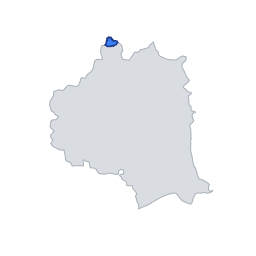 Khotsimsk, Mogilev, Belarus (highlighted), rotated 251°
{"feature_id": "67162791B11584975294724", "entity_name": "Khotsimsk", "entity_type": "district", "adm_level": 2, "iso_a3": "BLR", "parent_name": "Belarus", "parent_adm1": "Mogilev", "projection": "orthographic", "projection_center": [32.434, 53.377], "detail": "fine", "context": "in_parent", "style": "filled", "palette": "blue", "viewbox_px": 256, "rotation_deg": 251, "n_neighbors": 0, "source": "geoboundaries", "source_scale": "gbopen_adm2", "svg_char_len": 5359}
<svg xmlns="http://www.w3.org/2000/svg" viewBox="0 0 256 256"><g transform="rotate(251 128 128)"><path d="M201.0,180.0L197.3,179.8L192.9,179.8L190.3,181.5L187.7,180.6L185.7,181.5L181.2,186.2L179.5,188.7L177.7,192.6L176.7,195.5L177.2,197.6L177.9,199.5L178.1,201.6L178.4,203.2L177.3,204.3L176.6,206.0L174.7,205.7L172.5,204.0L172.1,201.6L170.4,200.0L169.2,199.1L167.3,198.9L164.3,199.5L160.3,200.0L157.2,200.0L155.6,200.8L153.1,201.5L152.2,200.5L151.0,197.8L150.0,195.1L149.3,193.9L148.6,193.5L147.8,193.6L146.9,194.4L146.1,195.2L143.6,196.0L142.4,196.9L141.1,199.3L140.3,199.1L139.5,198.5L138.6,195.7L137.4,195.0L135.3,194.9L132.7,194.1L130.6,193.2L129.8,193.3L128.5,194.4L127.1,194.5L124.2,193.3L123.6,193.7L121.7,196.6L120.9,196.7L120.5,196.3L120.9,193.7L119.2,192.7L116.3,192.3L114.2,192.6L113.2,192.4L112.8,191.8L110.6,187.3L109.3,186.9L106.9,186.9L103.4,186.1L99.5,184.8L97.3,184.3L96.3,183.2L93.8,182.7L87.3,180.2L84.7,179.7L80.7,179.3L74.7,178.3L70.8,178.1L68.9,178.5L66.8,178.7L59.6,178.4L57.0,178.6L56.1,179.4L55.0,181.3L51.7,184.4L48.5,186.4L48.0,186.5L46.4,185.1L45.1,184.5L43.5,184.2L42.2,184.4L41.4,184.9L41.2,187.6L41.0,187.8L40.1,184.5L40.6,181.6L41.5,180.1L42.5,178.7L42.4,176.5L43.6,173.6L43.9,171.5L43.7,170.6L43.1,169.4L41.4,168.0L40.7,167.0L38.3,165.5L36.0,163.6L35.7,162.6L35.9,162.0L36.5,161.1L38.7,158.5L41.1,156.0L42.6,155.1L49.9,152.4L51.2,151.3L51.7,149.2L52.1,145.0L52.1,141.1L51.9,138.4L51.2,133.2L48.9,122.5L48.1,111.6L49.4,112.4L52.6,113.0L55.3,112.6L56.6,112.6L57.7,113.0L61.2,112.8L61.9,113.9L63.3,114.9L66.4,114.0L69.2,112.8L71.9,113.2L72.4,112.5L73.4,108.8L74.3,108.1L77.5,108.8L78.8,108.2L80.3,106.5L82.3,105.5L83.9,105.7L85.7,104.5L86.4,105.5L86.6,107.1L86.0,108.3L86.2,108.8L87.2,109.6L89.2,109.7L90.5,109.3L90.9,108.6L91.0,107.3L90.8,106.1L90.1,105.0L88.6,104.3L87.5,104.2L87.4,103.5L87.9,102.1L89.1,99.6L90.5,97.3L91.3,96.5L91.5,95.7L91.5,94.2L91.7,91.6L93.1,88.1L94.8,85.5L96.8,84.8L99.1,84.6L100.7,83.4L101.6,82.0L102.4,79.7L103.2,79.3L108.8,80.1L109.8,77.8L110.3,77.2L111.5,76.6L112.3,75.8L112.0,75.1L110.7,74.6L107.4,74.0L106.8,73.2L107.0,72.2L108.1,69.9L109.2,66.9L109.9,64.5L110.0,63.1L110.5,62.8L113.3,62.6L114.2,62.1L116.8,59.1L118.6,58.6L123.1,59.8L125.2,59.9L127.8,60.3L128.0,60.0L129.2,56.8L134.0,51.9L136.5,50.3L138.1,50.0L138.6,50.1L140.8,53.0L141.4,53.1L143.0,52.1L145.8,52.1L147.0,53.2L148.7,56.6L149.6,57.1L152.4,55.3L153.9,54.8L154.9,54.8L159.9,57.7L160.2,58.5L160.2,59.5L159.3,62.5L160.2,64.4L161.4,65.8L164.1,63.8L165.1,63.2L166.2,63.2L167.6,62.5L168.7,61.4L169.7,61.0L171.5,61.3L174.9,61.2L178.8,63.1L179.2,63.7L181.1,65.9L181.7,67.0L182.4,67.4L183.4,68.5L184.8,69.1L185.8,69.0L186.3,69.3L186.7,70.2L186.7,71.6L186.5,75.6L185.0,77.7L184.8,78.4L184.8,79.3L185.9,81.1L187.3,83.8L187.6,85.4L187.6,86.6L185.5,90.0L184.8,90.8L184.3,92.5L184.1,94.3L184.2,95.0L187.5,97.8L190.0,99.4L190.5,100.1L190.6,100.6L189.2,103.5L189.0,104.3L191.0,105.6L192.1,107.5L193.0,110.7L194.9,113.7L202.1,118.3L202.7,119.1L202.9,120.0L202.7,122.1L201.3,126.0L202.5,126.6L205.7,126.5L209.6,127.0L214.3,129.8L214.3,131.0L213.8,132.2L214.1,133.4L214.7,134.4L218.7,137.5L219.1,138.4L219.2,139.9L219.1,141.0L218.0,141.3L216.7,141.8L214.7,143.1L213.8,145.0L210.5,147.6L208.4,148.8L206.8,148.8L202.9,148.3L201.5,147.0L201.0,145.8L199.5,145.3L197.5,145.2L194.7,145.4L194.2,145.7L193.7,147.1L192.5,149.6L191.6,151.0L195.1,155.9L196.8,158.0L197.4,159.2L197.3,160.1L196.5,161.1L196.6,163.2L198.3,165.9L197.7,166.4L197.5,169.7L197.4,173.3L197.9,174.2L198.8,174.9L199.6,176.2L200.9,179.3L201.0,180.0Z" fill="#d9dde1" stroke="#a8b0b8" stroke-width="1"/><path d="M212.3,146.1L212.7,146.0L213.2,146.0L213.6,145.9L213.8,145.5L214.0,145.3L214.3,144.9L214.6,144.6L214.7,144.3L214.7,143.9L215.0,143.3L215.1,143.1L215.1,142.9L215.1,142.7L214.9,142.4L215.1,142.2L215.4,142.4L215.6,142.5L215.9,142.4L216.3,142.5L216.6,142.3L216.8,142.2L216.9,141.8L217.0,141.6L217.0,141.4L216.9,141.3L217.0,141.1L217.3,141.3L217.6,141.6L217.8,141.8L218.0,141.6L218.2,141.3L218.2,141.1L218.3,141.0L218.6,141.1L218.8,141.3L219.2,141.5L219.4,141.2L219.4,140.9L219.4,140.6L219.3,140.3L219.2,139.9L219.2,139.6L219.4,139.3L219.7,139.3L220.0,139.4L220.3,139.4L220.2,139.1L219.9,138.9L219.6,138.9L219.6,138.6L219.6,138.2L219.8,137.8L219.8,137.4L219.7,137.2L219.4,137.2L218.9,137.3L218.5,137.3L218.1,137.2L218.0,136.8L218.0,136.4L217.7,136.2L217.4,136.4L217.2,136.7L216.9,136.3L216.9,136.0L216.7,135.7L216.2,135.6L215.8,135.3L215.4,134.9L215.2,134.9L215.0,134.7L214.6,134.3L214.3,134.0L213.9,133.5L213.9,133.4L213.7,133.5L213.5,133.9L213.4,134.1L213.4,134.3L213.3,134.5L213.1,134.5L212.8,134.5L212.6,134.5L212.4,134.5L212.2,134.6L212.1,134.8L211.9,134.9L211.8,135.0L211.8,135.3L211.8,135.5L211.7,135.6L211.6,135.8L211.5,136.0L211.6,136.3L211.5,136.5L211.3,136.7L211.2,136.8L211.1,137.0L211.0,137.4L211.0,137.6L211.0,137.9L210.9,138.1L210.9,138.3L210.8,138.5L210.7,138.8L210.6,139.0L210.8,139.1L210.9,139.4L210.9,139.6L211.0,139.9L211.1,140.0L210.9,140.1L210.7,140.2L210.5,140.3L210.4,140.4L210.3,140.5L210.2,140.6L210.1,140.8L210.1,141.0L210.3,141.4L210.4,141.6L210.5,141.7L210.6,141.9L210.7,142.1L210.8,142.3L210.8,142.5L210.9,142.8L210.9,143.0L210.6,143.3L210.6,143.6L210.6,143.8L210.8,143.9L211.0,144.2L211.2,144.4L211.4,144.6L211.5,144.8L211.6,145.0L211.7,145.3L211.8,145.5L212.1,145.6L212.3,145.9L212.3,146.1Z" fill="#3b82f6" stroke="#1e3a8a" stroke-width="1.5"/></g></svg>